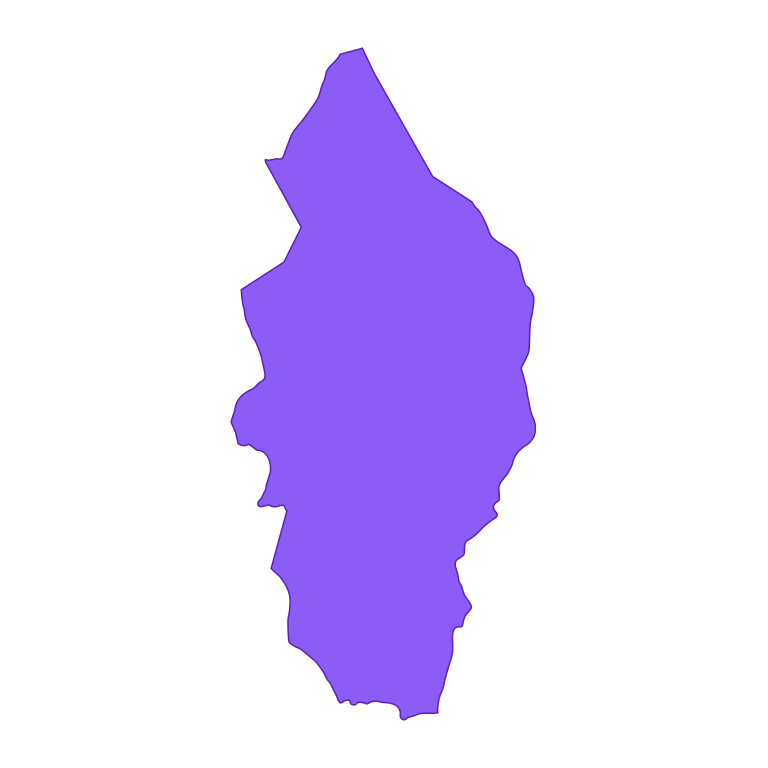 outline of San Pedro de Tutule, La Paz, Honduras, rotated 181°
{"feature_id": "27666195B44797155238261", "entity_name": "San Pedro de Tutule", "entity_type": "district", "adm_level": 2, "iso_a3": "HND", "parent_name": "Honduras", "parent_adm1": "La Paz", "projection": "equal_earth", "projection_center": [-87.851, 14.246], "detail": "fine", "context": "isolated", "style": "filled", "palette": "violet", "viewbox_px": 768, "rotation_deg": 181, "n_neighbors": 0, "source": "geoboundaries", "source_scale": "gbopen_adm2", "svg_char_len": 6078}
<svg xmlns="http://www.w3.org/2000/svg" viewBox="0 0 768 768"><g transform="rotate(181 384 384)"><path d="M528.3,475.8L527.8,470.1L527.2,465.6L526.5,461.1L525.0,455.7L524.7,454.0L524.3,450.6L523.7,447.7L522.8,445.2L522.0,443.0L519.9,438.9L518.8,436.4L518.0,434.3L517.2,431.5L516.6,429.7L515.5,427.7L513.8,425.3L512.9,423.6L511.0,419.6L510.0,417.2L507.6,410.9L506.9,408.5L503.5,394.0L503.2,391.8L503.1,389.7L503.3,388.5L503.7,387.3L504.3,386.4L505.1,385.5L506.0,384.8L507.8,383.9L508.5,383.3L514.6,377.1L515.3,376.6L516.9,376.0L518.9,375.0L521.8,373.2L524.2,371.5L526.5,369.4L527.6,368.0L528.7,366.6L529.7,365.2L530.4,363.8L531.1,362.1L531.7,360.6L532.3,358.0L533.0,354.0L535.2,347.1L535.9,344.4L536.1,343.2L535.8,342.3L531.6,333.2L528.9,322.3L528.4,321.6L527.4,321.0L526.0,320.4L524.9,320.2L522.9,320.0L522.0,320.0L521.0,320.1L520.4,320.4L519.3,321.1L518.9,321.2L518.4,321.2L517.8,321.1L516.5,320.4L510.5,316.0L509.5,315.6L508.0,315.6L506.9,315.4L505.0,314.7L503.6,314.0L502.4,313.1L501.5,312.3L500.5,311.3L499.5,310.0L498.7,308.6L498.0,307.2L497.3,305.6L496.6,302.9L496.3,301.3L496.1,299.6L496.0,297.5L496.0,295.4L496.2,293.5L499.9,280.8L500.1,279.6L500.2,277.6L500.4,276.6L500.8,275.6L502.4,272.4L504.6,267.8L505.4,266.6L506.9,265.1L507.4,264.3L507.7,263.7L508.0,262.8L508.0,261.9L507.8,261.0L507.5,260.3L507.1,259.8L506.5,259.5L505.6,259.3L504.4,259.2L499.1,260.6L497.6,260.8L496.5,260.9L495.8,260.7L494.6,259.9L493.7,259.6L492.3,259.4L490.9,259.3L489.0,259.6L486.7,260.3L485.4,260.6L483.7,260.9L482.2,260.9L481.8,260.7L481.7,260.5L479.0,254.9L493.6,197.6L490.8,194.8L485.3,190.2L484.2,188.9L482.9,187.2L479.9,182.9L477.8,179.3L476.3,176.0L475.7,174.5L475.1,172.5L474.6,170.1L474.3,167.9L474.1,165.6L474.1,162.5L474.3,158.6L474.5,156.0L474.9,152.8L475.7,148.3L475.8,146.8L475.9,144.7L475.6,136.4L475.1,128.8L474.7,125.6L474.5,125.0L474.2,124.1L473.8,123.5L473.4,123.2L471.7,121.9L469.4,120.6L466.9,119.3L463.3,117.9L461.9,117.0L448.8,106.4L447.4,105.2L446.1,103.7L442.8,99.6L440.0,95.5L438.6,93.3L436.6,89.3L435.4,87.3L434.5,86.1L432.9,84.4L432.1,83.3L429.3,77.5L425.9,71.2L424.7,68.0L424.2,66.8L423.2,65.4L422.3,64.6L421.7,64.4L420.9,64.6L420.2,64.9L419.0,65.8L418.1,66.4L415.9,67.3L415.0,67.5L413.6,67.2L413.1,67.0L412.8,66.7L412.4,66.0L411.9,64.4L411.6,63.8L411.2,63.4L410.1,62.9L408.9,62.6L407.8,62.7L406.8,63.1L406.1,63.7L405.0,64.9L404.6,65.1L404.1,65.3L402.4,65.4L400.4,65.2L398.3,64.8L396.4,64.0L395.6,63.9L394.6,64.2L393.1,65.2L391.7,65.9L389.3,66.4L386.9,66.8L384.9,66.6L380.9,65.8L376.5,65.4L372.9,65.2L372.1,65.0L369.2,64.1L367.2,63.3L365.4,62.2L364.2,61.0L363.6,60.2L363.0,59.3L362.5,57.8L362.0,56.3L361.9,55.0L362.0,53.5L362.0,52.7L361.8,51.7L361.5,50.9L360.9,49.9L360.2,49.3L359.4,48.9L358.5,48.7L357.6,48.7L356.8,49.0L355.8,49.7L354.7,50.7L354.2,51.0L348.8,52.6L344.0,54.6L342.2,55.1L340.6,55.3L337.9,55.5L329.0,55.6L327.1,55.8L324.3,56.3L324.5,57.0L324.7,57.7L324.7,60.3L324.5,63.1L324.2,66.0L323.4,70.5L322.6,73.4L320.8,77.8L319.3,82.6L318.8,84.6L318.3,88.0L317.8,90.2L314.0,104.5L312.0,110.9L311.5,112.9L311.1,115.3L310.7,118.3L310.7,122.3L310.7,125.3L311.1,130.7L311.1,133.4L310.9,136.2L310.4,138.2L310.0,139.3L309.4,140.4L308.8,141.2L308.1,141.7L307.2,142.1L305.3,142.6L304.4,142.6L303.4,142.4L302.9,142.5L302.4,142.8L301.8,143.3L301.4,143.9L301.2,144.5L300.6,147.7L300.0,150.2L299.5,151.9L298.9,153.4L298.0,154.9L295.8,157.3L293.7,160.0L293.0,161.1L292.8,162.0L292.9,163.0L293.0,163.8L294.0,166.0L297.8,171.4L299.1,173.1L299.8,174.1L301.4,178.2L302.6,182.2L303.3,183.9L303.9,185.1L304.9,186.5L305.4,187.5L305.9,189.3L306.5,192.8L307.1,195.3L308.8,200.9L309.4,202.8L309.6,204.3L309.7,205.5L309.6,206.3L309.5,207.2L308.8,208.4L307.7,209.7L306.5,210.6L303.4,212.8L301.5,214.4L301.2,215.0L300.9,215.9L300.7,217.3L300.6,219.1L300.6,223.0L300.3,225.4L300.0,226.4L299.7,227.2L299.3,227.7L298.6,228.6L297.2,229.4L294.3,231.3L291.2,233.6L288.2,236.3L281.6,243.4L277.9,246.6L274.0,249.7L270.0,252.4L269.4,253.1L268.9,253.7L268.7,254.3L268.6,254.8L268.6,255.4L268.8,256.1L269.3,257.1L271.1,259.3L271.9,260.7L272.2,261.5L272.4,262.2L272.5,263.3L272.4,264.0L272.1,264.8L271.8,265.3L271.2,266.2L270.6,266.9L268.9,268.1L267.8,269.0L267.1,269.8L266.8,270.4L266.7,271.5L266.8,274.6L267.3,280.4L267.4,282.5L267.3,283.4L267.1,284.2L266.5,286.0L266.0,287.1L264.7,289.0L262.4,292.1L259.1,296.2L257.5,299.1L256.0,302.1L255.0,304.4L254.3,306.4L253.3,310.1L252.6,312.1L251.7,314.0L250.5,316.1L249.3,317.8L248.1,319.2L245.5,321.9L243.4,323.6L240.4,325.5L239.1,326.5L237.7,327.8L236.4,329.1L234.7,331.4L233.4,333.6L232.6,335.7L232.1,338.1L231.9,340.2L231.9,342.9L232.1,345.4L232.5,347.7L233.1,349.7L233.7,351.3L235.8,356.1L236.8,359.3L238.1,364.6L240.0,373.6L240.8,377.8L241.7,383.3L242.2,385.3L245.3,396.4L246.9,401.0L247.1,402.1L247.0,402.6L246.2,404.3L242.8,411.5L241.2,414.9L240.3,417.2L239.7,419.6L239.5,421.1L239.4,423.3L239.2,437.1L239.1,441.3L238.8,447.0L238.5,449.7L237.1,456.8L236.2,463.2L235.9,466.1L235.7,469.6L235.7,471.3L235.8,473.1L236.1,474.5L236.5,475.6L237.8,478.1L239.0,480.1L240.1,481.5L241.0,482.6L243.8,484.9L244.3,485.6L244.7,486.4L245.7,489.2L247.8,496.2L248.7,499.6L250.0,505.0L250.7,507.6L251.4,509.6L252.1,511.4L253.1,513.3L254.3,515.0L255.8,516.7L257.7,518.5L259.8,520.1L261.6,521.3L269.3,525.8L273.4,528.4L276.7,530.9L278.6,532.8L279.9,534.5L280.9,536.3L281.9,538.5L283.3,542.4L284.2,544.5L286.7,549.6L288.3,552.6L290.1,555.7L291.7,558.2L292.5,559.3L293.4,560.3L295.5,562.1L296.6,563.5L299.3,567.6L339.1,592.4L398.9,693.9L411.5,719.3L433.9,712.8L434.8,710.6L435.5,709.4L438.6,705.7L441.7,702.5L443.4,700.8L445.1,698.6L446.3,696.7L446.9,695.5L447.3,694.2L448.0,690.4L448.6,688.1L449.5,685.6L451.4,680.9L451.9,679.1L452.7,675.9L453.2,674.0L454.3,670.6L455.4,668.0L456.7,665.8L458.6,662.7L466.6,651.0L470.3,645.9L475.1,639.9L478.4,635.6L480.1,632.9L480.6,631.9L481.2,630.6L485.3,619.2L487.4,612.9L488.4,610.1L489.0,609.0L489.6,608.2L490.2,607.7L490.9,607.3L491.6,607.1L492.5,607.0L494.1,607.3L495.0,607.3L503.0,605.7L503.6,605.7L506.5,606.2L506.4,604.1L469.4,539.2L486.2,504.1L528.3,475.8Z" fill="#8b5cf6" stroke="#5b21b6" stroke-width="1.5"/></g></svg>